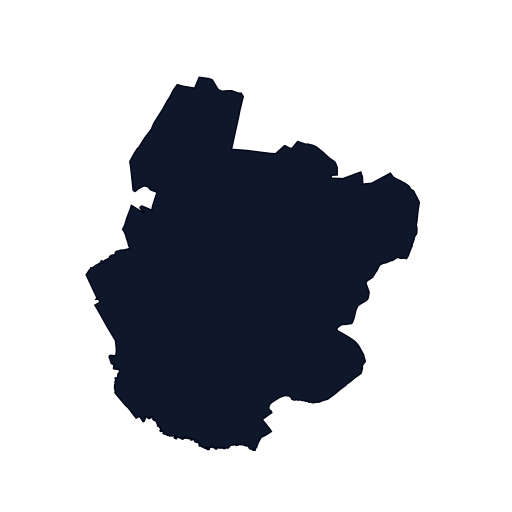 Horodniceni, Suceava, Romania (Albers equal-area conic projection), rotated 165°
{"feature_id": "2599482B51819489942135", "entity_name": "Horodniceni", "entity_type": "district", "adm_level": 2, "iso_a3": "ROU", "parent_name": "Romania", "parent_adm1": "Suceava", "projection": "albers", "projection_center": [26.192, 47.518], "detail": "fine", "context": "isolated", "style": "filled", "palette": "ink", "viewbox_px": 512, "rotation_deg": 165, "n_neighbors": 0, "source": "geoboundaries", "source_scale": "gbopen_adm2", "svg_char_len": 6000}
<svg xmlns="http://www.w3.org/2000/svg" viewBox="0 0 512 512"><g transform="rotate(165 256 256)"><path d="M333.0,398.8L341.1,391.2L342.6,390.6L347.2,386.4L353.3,380.0L353.7,378.3L353.6,377.5L354.9,368.4L357.6,351.5L357.4,350.9L356.2,349.7L355.9,349.7L352.4,351.3L347.4,352.6L345.6,352.6L342.9,351.2L342.2,350.4L341.2,348.1L340.3,346.9L335.8,343.7L335.1,342.7L336.7,340.7L342.7,331.5L344.8,327.2L353.4,333.9L355.4,333.1L355.5,332.4L354.1,329.3L352.7,327.0L353.5,326.8L363.3,337.1L364.9,334.4L371.0,326.0L375.0,319.5L378.0,316.2L377.2,314.6L376.5,310.3L376.5,306.6L376.2,303.2L376.3,298.4L375.5,296.5L377.9,295.7L379.0,296.0L381.4,295.9L385.8,296.7L388.0,296.4L389.4,296.6L390.7,296.0L391.1,295.5L391.6,294.0L392.0,293.8L396.3,294.0L397.8,292.9L398.7,291.7L399.2,291.6L402.5,291.1L406.3,289.6L406.1,291.0L406.1,291.4L406.5,291.5L408.1,289.7L408.7,289.4L413.3,288.3L417.1,286.9L417.7,286.8L418.5,287.4L419.3,286.4L420.8,285.4L424.9,281.8L420.4,256.7L421.8,255.6L419.2,255.0L418.6,251.7L424.4,250.2L423.3,246.9L417.7,224.9L413.6,210.7L415.1,201.4L417.0,196.4L418.8,196.3L421.0,197.3L423.0,197.7L423.7,197.1L424.1,195.9L423.7,194.3L423.7,190.4L422.9,188.8L421.2,188.2L422.8,184.0L417.9,181.8L417.5,181.5L417.5,181.0L417.6,180.2L418.1,179.2L418.1,178.8L418.7,178.3L418.6,177.9L419.6,178.1L419.9,177.8L420.7,175.5L421.2,174.5L421.8,174.2L422.9,174.7L423.7,174.5L423.6,173.2L423.9,171.6L424.7,171.2L424.9,170.5L424.8,169.3L425.6,168.6L426.1,167.5L426.3,166.4L426.7,165.6L426.9,164.8L426.5,164.3L426.8,164.0L426.9,163.3L426.6,162.7L426.9,162.3L426.7,161.2L427.4,161.0L427.6,160.6L427.5,160.0L420.3,144.7L418.8,142.7L413.8,130.5L413.4,130.4L410.2,131.5L409.1,128.8L408.0,125.4L407.6,125.1L406.7,125.4L405.8,126.8L405.0,127.6L404.9,127.8L405.1,128.6L404.2,130.1L403.8,129.9L403.4,128.7L402.6,128.2L401.9,126.9L400.8,126.6L400.1,126.8L400.0,127.2L400.5,127.7L400.2,128.0L399.3,128.0L398.7,127.0L396.9,125.8L397.1,125.3L397.8,124.9L397.5,124.4L396.7,123.5L396.2,123.4L395.8,122.5L395.0,122.3L395.0,120.8L394.8,118.7L395.0,117.2L394.6,116.9L393.9,117.4L392.7,116.0L393.5,115.5L393.2,115.0L392.8,112.6L393.8,112.3L393.7,111.3L392.4,111.1L391.3,110.5L391.0,110.1L391.0,109.2L391.6,108.7L391.4,108.2L390.8,108.2L389.4,106.9L388.5,106.8L388.0,105.7L387.0,105.8L386.2,104.6L385.9,104.4L385.2,104.5L383.6,103.8L381.1,103.9L380.4,103.0L381.8,102.3L382.0,102.0L382.0,101.5L381.5,100.8L380.3,100.1L380.1,100.1L379.9,100.5L380.2,101.9L380.1,102.1L379.6,102.2L377.4,100.4L376.4,100.5L376.1,99.5L375.2,99.3L375.0,98.4L374.0,98.0L373.7,98.9L373.2,99.0L372.4,98.6L372.2,99.2L371.1,99.5L370.9,99.3L371.1,98.4L369.8,98.5L369.8,97.8L369.6,97.5L368.4,97.5L368.1,96.9L367.8,96.8L367.3,97.7L366.8,97.7L366.3,97.2L366.5,95.8L366.4,95.0L366.2,95.0L366.0,95.9L365.6,96.2L364.7,96.0L364.6,94.9L363.4,94.9L363.2,94.5L363.2,92.9L363.1,92.6L362.8,92.8L362.7,93.4L362.4,93.7L361.8,93.8L361.1,93.4L361.1,93.2L362.3,92.2L362.4,91.9L361.1,91.2L361.0,91.5L361.2,92.0L360.2,92.0L360.2,91.4L360.4,91.0L359.6,90.8L358.6,89.9L358.6,89.4L359.8,89.2L359.7,88.8L359.1,88.4L359.8,87.8L359.8,87.1L359.4,86.9L358.7,87.4L357.4,85.4L355.9,84.9L355.6,83.8L354.5,83.2L354.1,83.3L353.8,84.1L353.1,84.2L353.0,83.8L353.5,82.6L353.4,82.1L352.7,81.5L352.1,81.3L351.1,81.4L350.8,82.2L351.5,82.8L351.3,83.3L350.6,83.4L349.0,82.9L348.3,83.5L347.9,82.8L347.2,82.6L346.7,82.0L345.8,82.7L345.6,82.4L345.6,81.0L344.6,79.8L343.9,79.9L343.9,80.9L343.3,81.0L342.2,80.4L341.8,81.0L340.6,79.7L339.9,79.6L339.4,80.0L339.0,80.0L338.3,79.2L336.6,78.1L336.0,78.5L335.4,78.1L335.0,78.1L334.0,78.7L333.1,77.8L332.7,77.7L331.0,78.7L330.3,79.5L328.7,79.7L326.9,79.3L326.2,79.9L324.7,80.1L324.6,79.8L325.0,78.7L324.8,78.4L321.9,78.0L320.4,78.3L319.6,77.6L318.4,77.6L314.9,75.3L313.3,74.7L312.4,73.5L312.2,72.2L311.7,71.2L310.2,70.6L309.3,69.4L308.6,69.0L307.0,68.7L306.7,70.3L305.1,70.8L305.1,71.4L304.3,72.0L303.3,73.7L302.0,75.4L298.3,79.2L297.5,79.7L293.6,80.3L286.6,82.5L287.2,84.7L292.4,96.5L281.3,100.6L281.6,102.4L282.8,103.7L283.0,104.2L283.1,105.5L282.8,106.6L282.1,107.9L281.0,109.2L279.5,110.2L276.8,111.2L269.6,113.4L263.7,113.8L263.0,113.2L260.9,112.8L258.7,110.4L258.4,108.4L256.5,107.0L255.4,106.8L254.4,107.0L252.7,105.9L250.6,105.7L249.5,104.8L246.8,103.8L245.2,102.7L243.5,102.5L242.9,101.1L241.4,100.9L238.7,99.4L235.4,99.2L232.6,98.5L229.6,99.1L223.8,99.2L214.8,102.7L209.9,105.1L203.0,107.8L201.6,108.8L197.1,110.4L191.6,113.1L191.0,113.1L190.6,113.6L189.2,113.8L184.9,115.5L182.4,119.7L181.6,122.8L177.7,125.9L177.7,133.0L180.2,143.0L182.1,147.0L184.1,149.8L189.0,155.2L196.2,162.3L197.0,163.7L196.6,165.2L194.3,166.5L190.9,167.6L187.2,166.8L181.3,166.1L180.3,166.6L177.5,170.5L174.0,177.0L172.8,178.9L170.5,181.5L168.1,182.5L161.2,184.4L159.2,185.6L158.5,186.5L156.2,191.4L156.1,192.1L156.9,200.9L156.6,201.8L156.1,202.5L154.7,203.4L148.8,205.3L144.6,209.4L143.1,210.5L139.1,215.1L136.0,216.0L131.2,215.9L126.9,216.6L125.1,216.4L119.7,218.1L116.5,216.1L114.1,215.8L112.2,215.1L111.3,214.5L110.7,215.3L108.9,216.8L107.5,219.0L105.9,221.0L105.6,221.6L102.4,225.6L102.2,226.6L99.3,230.7L98.1,233.1L97.0,234.5L95.8,235.2L94.6,237.0L93.3,241.5L93.4,242.3L93.1,244.8L91.8,247.4L87.7,258.0L84.4,265.6L84.7,267.4L85.3,269.5L85.4,270.6L87.1,278.4L88.2,279.2L89.2,280.6L89.8,281.8L89.8,283.0L90.4,284.1L93.2,287.5L97.2,291.3L100.8,294.4L103.3,297.1L104.7,301.2L125.5,296.3L134.3,297.8L132.7,305.2L133.0,307.0L133.0,310.0L152.1,308.2L163.9,311.9L161.9,314.4L156.6,313.3L154.8,319.8L154.7,321.2L155.1,324.6L155.6,326.5L160.0,331.8L164.5,338.9L168.0,343.8L170.1,346.3L173.0,348.5L176.8,350.6L179.2,351.1L186.1,355.8L193.5,350.5L195.9,351.7L199.6,355.2L200.0,355.1L210.6,349.7L215.8,351.4L237.6,360.3L252.1,365.4L237.2,394.1L234.0,400.7L227.1,413.3L228.1,416.9L228.3,417.1L231.3,418.1L236.6,421.9L242.3,423.3L245.8,423.7L248.8,425.9L249.6,426.8L252.6,437.2L252.9,437.7L255.9,439.7L264.6,443.3L271.8,434.0L282.7,438.9L287.7,441.9L292.9,437.6L298.3,431.6L301.7,428.6L308.4,421.6L320.1,410.9L324.3,405.5L333.0,398.8Z" fill="#0f172a" stroke="#020617" stroke-width="1.5"/></g></svg>